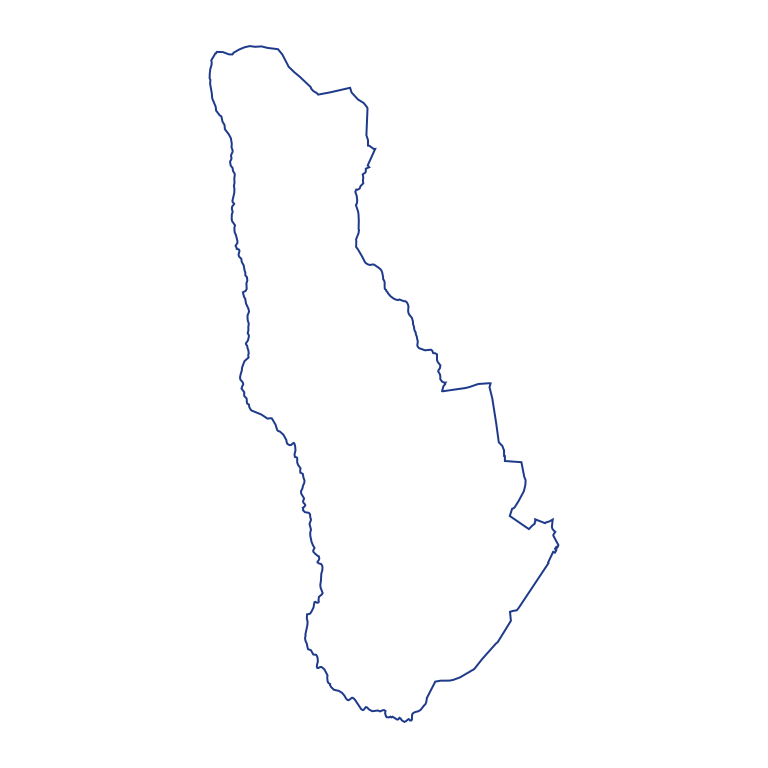 the district of Zumpahuacán, México, Mexico
{"feature_id": "50627088B21458033761284", "entity_name": "Zumpahuacán", "entity_type": "district", "adm_level": 2, "iso_a3": "MEX", "parent_name": "Mexico", "parent_adm1": "México", "projection": "equal_earth", "projection_center": [-99.568, 18.809], "detail": "fine", "context": "isolated", "style": "outline", "palette": "blue", "viewbox_px": 768, "rotation_deg": 0, "n_neighbors": 0, "source": "geoboundaries", "source_scale": "gbopen_adm2", "svg_char_len": 6089}
<svg xmlns="http://www.w3.org/2000/svg" viewBox="0 0 768 768"><path d="M241.7,370.9L240.6,374.4L240.0,377.5L240.4,379.6L242.7,382.3L243.2,383.8L243.2,384.7L242.6,385.4L241.5,388.5L244.3,392.3L244.1,394.9L244.5,396.3L246.4,398.2L246.7,399.0L246.9,402.8L247.4,403.7L248.9,404.5L249.4,407.4L250.9,409.9L251.9,410.7L261.3,414.5L267.5,418.6L271.0,418.2L271.9,418.5L275.5,424.6L277.2,430.0L278.0,430.9L279.8,431.5L283.4,434.7L286.3,440.0L286.8,442.8L287.5,444.0L289.5,445.1L291.0,445.0L293.5,442.9L294.3,443.3L295.1,446.0L295.5,450.3L294.5,454.3L294.9,457.0L296.7,457.4L297.2,458.0L297.2,462.5L298.1,464.9L300.5,468.3L300.2,470.2L300.3,472.6L302.8,473.9L303.5,477.8L304.5,480.5L304.3,482.8L303.0,485.8L302.4,488.5L301.0,491.2L301.2,493.6L304.1,498.5L303.0,501.4L303.4,502.7L304.7,504.0L305.3,505.1L304.6,506.5L302.8,507.8L303.2,508.3L303.0,510.2L305.0,512.2L308.8,512.8L310.1,514.4L310.1,516.3L311.0,519.9L309.5,523.8L311.0,529.7L310.2,532.6L310.3,535.9L311.6,542.0L313.0,545.4L314.5,547.8L313.2,550.6L313.3,551.7L315.3,553.9L318.0,556.1L318.8,556.3L319.3,558.5L319.0,559.7L317.5,561.8L317.5,562.3L318.6,563.3L321.1,564.0L322.2,565.7L322.5,567.6L322.2,570.9L321.3,573.6L320.9,581.0L320.3,584.9L320.6,587.7L322.6,592.9L322.4,593.5L322.1,594.2L318.9,596.9L318.5,600.1L318.8,601.5L318.5,602.4L317.1,602.8L315.3,601.8L314.4,602.3L313.5,607.5L311.7,611.2L310.3,613.4L309.3,614.0L307.1,614.3L306.8,618.3L307.6,621.9L307.4,625.0L305.4,634.5L305.6,635.6L305.0,638.2L305.6,641.1L306.8,643.7L307.7,648.2L308.1,649.2L310.9,650.2L313.3,654.5L316.0,654.8L316.9,655.9L317.5,657.5L317.9,661.3L316.9,665.2L316.9,667.1L317.3,667.9L318.2,668.1L320.2,667.0L321.5,667.0L324.3,669.2L327.5,675.3L327.2,677.8L327.7,681.6L328.6,683.2L330.1,684.0L330.1,685.3L331.3,687.3L334.0,689.8L338.9,690.9L342.0,692.8L344.3,695.5L346.3,698.9L347.6,700.0L348.7,700.2L352.1,697.7L353.4,698.2L355.0,699.8L361.3,709.3L362.9,710.1L363.8,709.7L365.8,707.1L367.0,707.4L369.1,709.5L372.2,711.2L378.0,710.5L379.9,711.4L383.0,710.2L384.1,710.1L385.5,711.0L385.1,713.3L386.0,716.2L386.7,717.2L388.8,717.4L390.4,716.7L391.4,717.4L392.5,716.7L397.2,719.6L398.5,719.2L399.4,717.8L400.5,718.4L401.9,720.4L404.4,721.9L405.8,721.3L408.5,719.1L409.6,719.7L409.9,720.4L411.0,720.6L411.9,719.7L412.1,714.5L413.3,713.0L415.3,712.0L418.2,711.3L420.5,710.0L424.2,705.3L425.3,704.4L426.3,702.0L426.9,697.9L435.3,681.6L440.5,680.7L449.7,680.6L453.5,679.8L460.0,677.4L474.3,669.0L482.2,659.0L495.9,643.6L497.7,642.2L510.9,620.8L510.0,611.8L513.5,610.8L516.8,610.3L518.9,607.6L547.5,564.6L548.5,563.1L548.1,562.5L553.2,551.8L554.9,552.7L556.1,550.7L555.7,550.4L555.8,548.8L555.2,548.7L555.6,547.8L556.6,548.3L556.7,546.8L557.7,546.9L558.4,545.1L553.3,535.6L553.5,534.4L555.3,531.9L553.6,530.4L552.4,528.8L551.9,526.8L552.7,519.5L549.7,521.3L545.8,522.5L545.1,523.2L535.2,519.3L535.3,521.7L534.8,522.1L534.7,523.7L532.4,525.5L528.9,529.1L509.8,516.0L512.1,508.8L513.7,508.2L514.6,507.4L518.8,500.7L524.0,490.9L525.4,484.5L525.6,480.1L524.3,477.0L521.4,462.2L504.9,461.0L504.9,456.1L504.1,456.0L504.0,450.4L502.3,445.9L498.8,442.3L496.2,423.3L492.3,398.5L489.5,387.1L490.6,383.4L489.6,383.2L478.2,384.0L469.5,387.0L465.5,388.0L442.4,391.3L442.1,391.1L443.3,386.5L445.2,384.0L445.0,383.4L445.5,382.6L444.3,382.7L441.9,381.5L440.3,379.1L440.3,376.0L439.8,374.1L438.2,371.4L438.5,370.2L439.9,368.3L440.4,365.4L437.6,361.8L437.0,359.9L437.0,354.4L435.3,353.3L433.2,353.1L432.3,350.8L431.0,349.7L425.0,350.3L418.9,348.1L417.6,346.4L417.3,345.1L417.8,341.5L416.9,337.7L416.9,336.8L416.0,334.7L415.5,332.0L414.9,331.3L414.1,328.7L414.1,327.3L413.0,323.8L413.0,321.7L411.9,317.9L409.3,314.7L408.5,313.1L408.1,310.8L408.5,306.5L407.9,304.4L406.8,302.3L405.4,301.2L403.9,301.2L399.4,299.5L398.2,300.1L395.9,299.6L393.7,298.6L390.7,296.4L388.1,293.4L387.5,292.1L386.4,291.1L386.1,289.9L384.9,289.0L384.7,288.3L384.6,281.9L383.9,280.2L383.1,279.1L383.1,277.1L382.2,272.5L381.1,269.9L379.0,268.0L374.2,264.7L372.9,264.4L370.1,265.0L367.9,264.4L365.7,263.0L364.8,261.8L362.1,256.5L357.9,249.3L356.1,247.0L356.3,241.6L356.1,239.3L358.5,233.3L359.0,230.0L358.6,229.1L358.8,221.0L358.5,214.5L358.1,211.6L355.9,205.0L356.8,203.5L357.2,201.2L357.0,198.1L356.6,195.6L355.3,191.9L356.2,189.6L357.3,189.8L359.6,188.6L360.6,186.0L363.3,183.3L362.9,180.5L363.3,177.4L362.7,174.4L365.3,172.6L365.8,171.4L365.8,168.7L369.2,167.2L367.7,165.4L375.2,148.9L373.8,149.0L369.4,145.8L368.0,145.6L368.0,140.2L366.4,135.2L367.5,108.7L367.3,107.6L363.7,103.0L357.9,99.4L352.2,93.2L351.5,92.3L350.1,87.8L330.4,92.3L318.2,94.6L316.7,93.0L313.4,91.1L311.3,88.8L310.7,87.1L299.6,76.6L294.5,72.4L288.7,66.8L282.4,54.6L278.0,49.2L267.5,47.9L261.5,46.4L255.2,46.8L249.8,46.1L244.8,47.2L239.4,49.4L233.6,52.7L232.5,54.4L229.0,54.4L223.0,52.1L216.9,51.9L215.9,53.4L215.4,53.4L211.3,60.3L211.7,62.7L211.6,64.6L210.3,69.1L209.8,73.3L209.6,78.2L210.4,80.0L210.1,83.7L211.8,93.3L212.2,98.3L215.7,106.8L216.1,110.6L219.5,115.1L221.4,116.5L222.5,121.7L224.5,124.9L224.9,129.2L228.9,134.5L230.9,138.3L231.8,144.0L231.5,147.1L232.7,150.7L232.4,152.4L231.6,153.8L231.0,155.9L231.5,158.0L231.2,159.6L230.1,161.4L230.1,162.0L230.7,165.6L232.6,168.0L233.0,170.9L234.6,173.6L234.8,174.9L234.3,178.4L234.5,183.0L233.9,185.7L234.4,188.6L234.3,192.7L232.5,200.6L232.5,201.7L234.2,203.9L232.2,206.5L231.9,207.8L232.0,209.5L232.7,211.9L231.8,214.4L231.7,219.5L232.2,221.3L235.0,225.3L234.4,227.8L234.5,231.1L234.8,232.6L236.0,235.2L237.5,241.5L237.3,243.2L235.6,245.6L235.7,246.2L236.5,247.5L236.8,249.0L238.6,249.3L239.2,250.0L239.5,250.9L238.6,254.4L238.7,255.6L239.4,257.0L241.2,258.6L241.8,262.1L243.7,265.4L244.5,270.1L245.3,272.6L245.4,275.5L246.7,276.8L247.1,277.6L247.0,278.4L247.4,280.3L246.4,283.5L246.7,288.9L245.7,290.8L242.9,292.3L244.0,296.8L245.2,298.7L246.0,303.5L248.4,308.7L249.0,311.1L248.7,312.7L247.6,315.2L247.5,316.1L247.7,320.1L248.8,323.9L248.3,326.9L248.4,330.2L247.7,333.2L248.8,335.1L248.9,336.4L248.0,340.3L245.9,343.4L246.1,344.5L247.2,345.8L247.5,347.9L248.4,350.6L248.7,353.2L248.2,355.3L248.6,357.5L244.5,361.1L242.2,367.1L241.7,370.9Z" fill="none" stroke="#1e3a8a" stroke-width="2"/></svg>